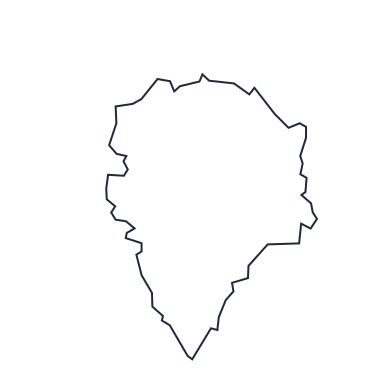 the district of Clay, Kentucky, United States of America, rotated 42°
{"feature_id": "52423323B60932235945211", "entity_name": "Clay", "entity_type": "district", "adm_level": 2, "iso_a3": "USA", "parent_name": "United States of America", "parent_adm1": "Kentucky", "projection": "robinson", "projection_center": [-83.714, 37.148], "detail": "fine", "context": "isolated", "style": "outline", "palette": "slate", "viewbox_px": 384, "rotation_deg": 42, "n_neighbors": 0, "source": "geoboundaries", "source_scale": "gbopen_adm2", "svg_char_len": 963}
<svg xmlns="http://www.w3.org/2000/svg" viewBox="0 0 384 384"><g transform="rotate(42 192 192)"><path d="M264.6,305.9L298.4,316.7L304.1,316.2L297.3,280.6L303.2,277.6L295.6,267.0L289.4,249.7L289.3,238.1L282.5,232.7L291.2,218.5L283.4,209.1L283.3,180.3L306.0,158.5L294.3,142.5L304.6,139.8L302.9,128.4L295.3,126.3L288.1,120.8L275.3,121.0L276.3,116.1L267.7,104.8L260.7,106.3L255.1,96.7L248.4,92.9L240.5,75.5L233.2,67.3L226.0,68.9L220.8,79.7L201.4,78.7L168.7,72.8L169.3,81.1L150.6,83.2L130.3,97.8L121.1,97.6L123.6,104.9L112.3,121.4L111.5,129.1L101.5,124.4L90.8,131.1L92.2,156.9L88.9,166.3L78.0,179.5L89.8,191.5L99.1,212.7L110.4,214.1L119.2,209.2L120.5,215.0L129.2,218.2L130.5,225.5L118.1,235.4L126.2,247.1L133.6,254.5L144.5,254.0L145.7,261.3L153.7,263.7L162.6,257.9L173.7,257.5L170.9,266.0L173.6,270.6L188.8,263.8L194.3,269.9L192.6,275.8L210.3,287.6L229.8,293.8L239.3,303.7L253.4,303.6L255.6,307.7L264.6,305.9Z" fill="none" stroke="#1e293b" stroke-width="2"/></g></svg>